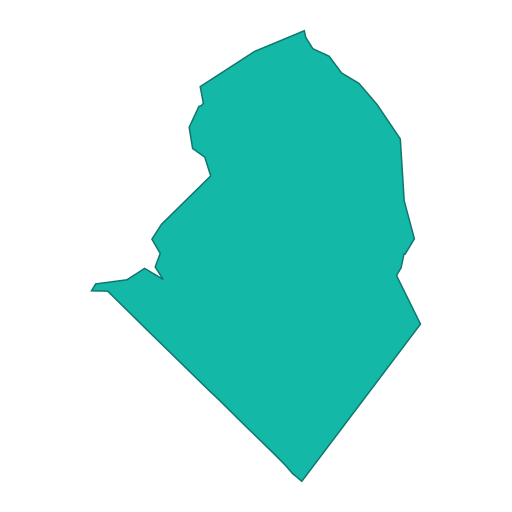 Scotland, North Carolina, United States of America (Robinson projection)
{"feature_id": "52423323B8498333390768", "entity_name": "Scotland", "entity_type": "district", "adm_level": 2, "iso_a3": "USA", "parent_name": "United States of America", "parent_adm1": "North Carolina", "projection": "robinson", "projection_center": [-79.504, 34.837], "detail": "fine", "context": "isolated", "style": "filled", "palette": "teal", "viewbox_px": 512, "rotation_deg": 0, "n_neighbors": 0, "source": "geoboundaries", "source_scale": "gbopen_adm2", "svg_char_len": 780}
<svg xmlns="http://www.w3.org/2000/svg" viewBox="0 0 512 512"><path d="M405.1,254.2L414.4,238.8L404.2,200.9L400.3,139.0L377.2,104.7L359.0,83.4L341.6,73.0L329.2,56.3L312.8,48.7L305.7,37.3L304.3,30.7L254.6,51.4L200.2,86.6L203.4,103.5L202.3,104.3L201.8,105.2L200.9,105.8L198.9,106.4L189.2,127.3L192.6,148.5L204.8,157.2L210.7,175.9L161.5,224.3L151.9,239.2L160.2,253.4L155.2,267.0L163.2,279.5L144.6,268.4L126.9,279.8L95.7,283.9L91.5,290.8L94.0,290.9L96.0,290.9L107.6,291.1L144.9,327.8L147.3,330.2L210.8,392.2L217.4,398.3L237.3,418.0L248.4,428.9L249.6,430.0L275.8,455.6L285.7,465.6L292.7,473.8L295.3,475.8L301.8,481.3L420.5,324.1L396.5,275.5L401.1,267.8L403.9,254.3L404.0,254.2L404.2,253.9L404.6,253.9L404.9,254.2L405.1,254.2Z" fill="#14b8a6" stroke="#0f766e" stroke-width="1.5"/></svg>